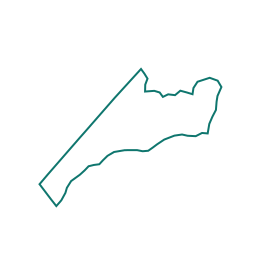 the district of Matinhas, Paraíba, Brazil, rotated 162°
{"feature_id": "56859067B3328011598679", "entity_name": "Matinhas", "entity_type": "district", "adm_level": 2, "iso_a3": "BRA", "parent_name": "Brazil", "parent_adm1": "Paraíba", "projection": "albers", "projection_center": [-35.775, -7.119], "detail": "fine", "context": "isolated", "style": "outline", "palette": "teal", "viewbox_px": 256, "rotation_deg": 162, "n_neighbors": 0, "source": "geoboundaries", "source_scale": "gbopen_adm2", "svg_char_len": 833}
<svg xmlns="http://www.w3.org/2000/svg" viewBox="0 0 256 256"><g transform="rotate(162 128 128)"><path d="M220.3,75.9L213.8,79.8L207.6,85.6L204.6,90.0L198.5,95.1L193.6,96.7L188.3,98.4L182.3,101.1L177.3,103.8L171.9,103.4L166.5,102.4L161.7,105.1L156.0,107.9L148.7,109.5L137.9,107.9L130.7,105.6L126.1,104.1L121.3,101.4L115.8,100.1L110.6,101.7L105.3,103.5L97.1,105.8L86.2,106.4L78.6,105.1L73.7,102.2L66.1,99.3L59.1,100.4L53.9,98.2L49.4,106.8L44.2,112.7L38.8,118.0L35.6,125.7L33.0,130.8L26.5,138.1L28.1,145.3L34.8,150.5L41.6,150.5L47.6,150.5L53.4,145.8L56.2,140.2L61.2,143.7L66.7,147.3L73.1,144.7L79.4,147.6L85.2,146.8L86.9,152.0L91.5,155.2L100.5,157.4L98.2,163.9L94.2,168.9L95.6,174.6L97.4,180.1L131.5,160.7L170.5,137.4L176.8,133.7L218.8,108.5L229.5,101.9L223.2,83.8L220.3,75.9Z" fill="none" stroke="#0f766e" stroke-width="2"/></g></svg>